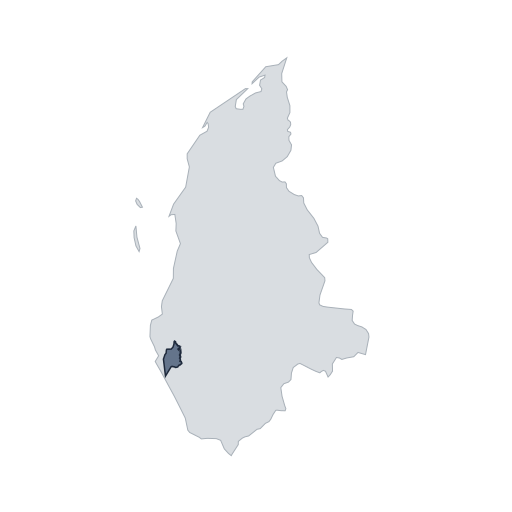 location of San Pedro Sula, Cortés, Honduras, rotated 284°
{"feature_id": "27666195B7809661399251", "entity_name": "San Pedro Sula", "entity_type": "district", "adm_level": 2, "iso_a3": "HND", "parent_name": "Honduras", "parent_adm1": "Cortés", "projection": "robinson", "projection_center": [-88.073, 15.5], "detail": "fine", "context": "in_parent", "style": "filled", "palette": "slate", "viewbox_px": 512, "rotation_deg": 284, "n_neighbors": 0, "source": "geoboundaries", "source_scale": "gbopen_adm2", "svg_char_len": 5600}
<svg xmlns="http://www.w3.org/2000/svg" viewBox="0 0 512 512"><g transform="rotate(284 256 256)"><path d="M455.7,237.9L439.2,236.8L431.3,239.0L427.9,244.2L425.0,246.4L422.6,245.9L417.6,247.9L410.1,252.5L403.4,254.2L397.3,253.1L395.6,254.2L395.1,255.7L394.2,257.1L391.9,257.9L389.2,257.5L386.2,255.9L384.6,256.6L384.4,259.6L382.8,260.4L379.7,259.0L376.2,260.0L372.4,263.6L367.0,264.3L360.0,262.3L354.6,258.4L350.8,252.8L346.2,251.4L338.1,255.6L334.8,260.5L334.1,263.5L334.9,266.2L333.4,268.0L329.7,269.0L326.8,272.3L324.9,278.1L324.5,282.5L325.7,285.7L323.9,288.0L319.0,289.5L313.2,294.5L306.6,303.0L300.0,308.9L293.4,312.2L290.2,316.0L290.5,320.1L290.1,321.4L288.8,321.8L286.7,322.4L274.0,313.5L270.3,307.3L267.2,308.2L263.2,311.4L257.6,318.4L251.6,327.9L248.6,328.9L233.6,327.5L225.7,328.4L224.0,329.6L223.3,333.1L223.7,337.8L226.0,354.6L227.2,361.5L226.0,363.6L221.9,364.0L216.7,364.9L213.8,368.1L213.1,371.4L212.8,375.9L211.2,380.6L207.9,384.0L204.7,385.2L186.8,386.1L187.1,378.3L181.9,375.2L179.0,368.7L176.4,364.3L177.2,361.7L177.0,358.6L169.7,356.2L162.8,358.1L158.9,356.8L156.0,355.2L161.0,351.3L161.3,349.0L159.7,347.3L158.1,346.2L158.6,341.8L159.6,336.7L162.4,324.7L161.3,322.7L156.8,319.1L151.0,318.7L144.6,319.8L141.5,318.0L138.8,313.9L134.3,311.9L126.2,315.2L117.7,320.1L115.1,321.9L112.9,321.7L112.0,318.0L111.5,313.6L111.0,312.5L106.4,310.9L101.1,309.8L98.4,308.6L95.9,305.6L89.5,301.8L88.1,298.9L79.6,292.4L77.9,289.1L75.9,286.7L71.8,283.7L68.7,284.4L57.9,280.7L56.3,280.3L57.8,277.0L61.2,271.9L68.6,266.3L69.2,261.7L67.3,252.9L65.3,247.2L66.4,244.7L68.7,234.4L70.5,232.0L81.2,226.8L82.2,226.1L90.6,218.9L100.0,210.8L109.7,201.9L120.6,192.0L126.6,186.2L129.3,183.7L135.6,185.7L140.5,181.1L143.3,179.5L150.0,173.9L152.1,172.6L163.2,170.3L168.6,170.4L173.3,176.1L177.0,179.2L184.0,176.5L189.9,175.9L214.3,181.2L223.9,178.9L241.7,178.4L249.7,179.7L260.9,172.2L268.2,170.7L276.7,167.2L275.5,163.6L273.5,162.0L286.4,163.5L305.8,171.1L326.3,169.8L333.7,165.7L338.5,164.5L359.6,172.3L365.2,178.3L369.5,178.9L372.9,177.5L373.8,176.3L369.6,175.0L367.7,173.1L384.4,176.8L415.8,205.2L416.4,207.5L403.0,199.1L396.0,199.7L394.1,201.1L394.6,205.7L395.2,207.8L398.3,208.1L400.5,206.8L406.0,208.3L409.7,211.4L414.1,216.1L416.8,221.1L419.7,221.2L422.5,218.2L427.8,217.8L431.3,221.2L433.7,221.0L430.3,215.7L422.2,210.5L424.1,210.2L442.0,219.7L447.1,231.5L451.3,234.2L455.7,237.9ZM245.5,135.9L235.2,141.6L232.0,141.5L236.7,137.1L244.3,133.3L250.8,131.4L256.1,132.2L245.5,135.9ZM280.7,129.8L275.9,134.0L275.0,132.1L277.3,128.2L280.3,125.9L283.1,126.1L282.4,127.8L280.7,129.8Z" fill="#d9dde1" stroke="#a8b0b8" stroke-width="1"/><path d="M153.7,197.5L153.2,197.3L152.5,197.3L152.1,197.7L151.3,197.6L150.5,197.7L147.5,197.5L145.1,196.2L144.0,192.0L143.2,191.8L139.9,192.3L139.5,192.1L138.2,191.5L134.1,191.2L133.6,191.1L127.9,193.3L117.6,197.2L127.9,200.4L128.1,200.5L128.3,200.7L128.4,200.9L128.4,201.0L128.5,201.2L128.4,201.4L128.5,201.5L128.7,201.9L128.6,202.0L128.6,202.3L128.6,202.5L128.4,202.6L128.5,202.6L128.5,202.8L128.7,203.0L128.8,203.4L128.8,203.5L128.7,203.6L128.7,203.9L128.7,204.0L128.4,204.5L128.5,204.6L128.5,204.8L128.6,205.0L128.5,205.3L128.7,205.5L128.8,205.8L128.9,206.0L129.0,206.2L129.0,206.3L129.0,206.5L129.0,206.4L129.1,206.5L129.2,206.8L129.3,206.9L129.5,206.9L129.8,207.0L130.0,207.0L130.3,207.2L130.6,207.3L130.8,207.5L131.0,207.5L131.3,207.6L131.3,207.8L131.5,207.8L131.7,208.0L131.8,208.1L131.8,208.3L131.9,208.5L132.0,208.7L132.0,208.8L132.4,208.9L132.6,209.0L132.8,209.2L132.9,209.4L133.0,209.5L133.3,209.7L133.4,209.8L133.5,209.9L133.8,210.0L133.9,209.9L134.0,209.9L134.1,209.7L134.4,209.7L134.5,209.7L134.7,209.4L134.8,209.3L135.0,209.3L135.1,209.2L135.4,208.9L135.5,208.9L135.7,208.5L135.7,208.4L135.8,208.2L135.7,208.0L135.4,207.8L135.4,207.7L135.5,207.7L135.8,207.6L136.0,207.6L136.3,207.8L136.5,207.9L136.8,207.9L137.0,207.8L137.2,207.6L137.4,207.5L137.4,207.4L137.6,207.2L137.8,207.1L137.8,207.3L138.1,207.2L138.3,207.2L138.5,207.0L138.5,206.9L138.7,207.0L138.9,207.1L139.0,207.2L139.1,207.3L139.3,207.2L139.5,206.8L139.5,206.7L139.8,206.8L139.9,207.2L139.9,207.3L140.0,207.3L140.2,207.2L140.4,207.0L140.5,206.6L140.7,206.2L140.8,206.1L141.0,206.3L140.9,206.6L141.0,206.7L141.3,206.5L141.4,206.4L141.5,206.3L141.5,206.2L141.6,205.9L141.8,205.8L141.9,206.0L142.0,206.2L142.2,206.3L142.3,206.2L142.5,206.1L142.4,206.0L142.4,205.9L142.5,205.9L142.7,206.0L142.8,206.0L142.9,206.3L143.0,206.4L143.1,206.6L143.3,206.6L143.5,206.5L143.9,206.6L144.1,206.5L144.3,206.1L144.4,205.8L144.5,205.6L144.9,206.0L144.7,206.1L144.9,206.3L145.2,206.1L145.4,205.8L145.5,205.7L145.7,205.9L145.7,206.0L145.8,206.0L146.0,205.9L146.3,205.7L146.2,205.6L146.3,205.5L146.6,205.6L146.6,204.0L146.6,203.9L146.3,203.7L146.5,203.6L146.5,203.4L146.8,203.4L146.7,203.1L146.8,203.0L146.8,202.9L147.0,202.9L147.2,203.0L147.3,203.0L147.4,203.3L147.5,203.4L147.7,203.5L147.9,203.7L148.0,203.7L148.0,203.8L147.7,203.9L147.6,204.0L148.4,204.9L149.3,203.8L149.6,203.8L149.8,203.9L149.9,204.0L149.9,203.9L149.9,203.7L150.0,203.6L149.9,203.3L150.0,203.2L150.3,202.9L150.3,202.7L150.1,202.4L150.0,202.2L150.0,201.9L149.9,201.8L150.0,201.7L150.3,201.6L150.5,201.4L150.8,201.2L151.0,201.0L151.1,200.8L151.4,200.5L151.4,200.3L151.4,200.1L151.5,200.0L151.5,199.9L151.4,199.9L151.5,199.8L151.6,199.7L151.4,199.6L151.5,199.6L151.7,199.4L151.8,199.4L151.9,199.5L152.0,199.5L152.1,199.4L152.2,199.2L152.3,199.2L152.5,199.1L152.7,198.9L152.8,198.8L153.1,198.7L153.3,198.7L153.5,198.5L153.5,198.2L153.4,198.0L153.4,197.9L153.5,197.9L153.6,197.7L153.7,197.5Z" fill="#64748b" stroke="#1e293b" stroke-width="1.5"/></g></svg>